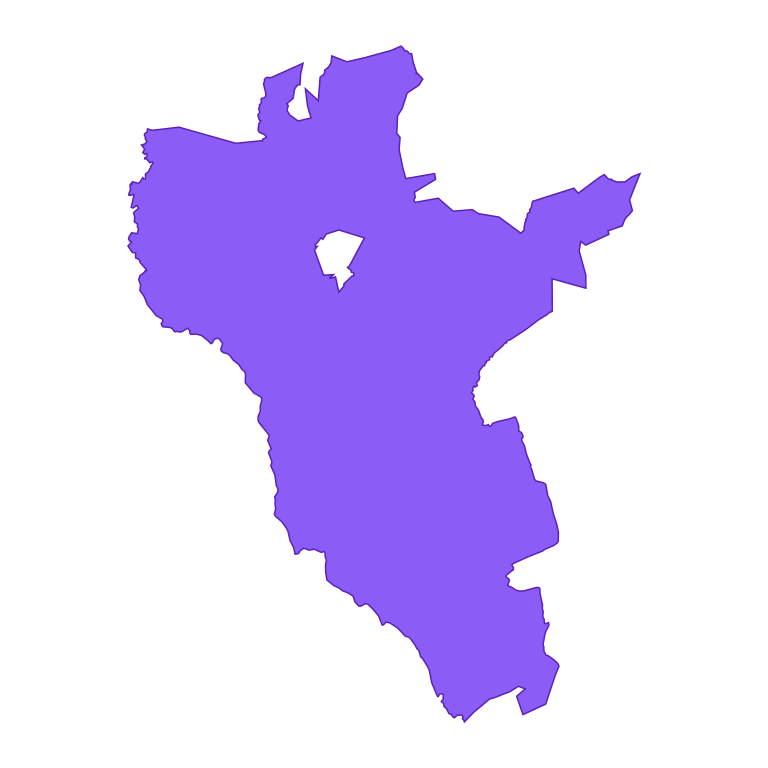 Masvingo, Masvingo, Zimbabwe
{"feature_id": "62879985B11590561680965", "entity_name": "Masvingo", "entity_type": "district", "adm_level": 2, "iso_a3": "ZWE", "parent_name": "Zimbabwe", "parent_adm1": "Masvingo", "projection": "mercator", "projection_center": [30.887, -20.31], "detail": "fine", "context": "isolated", "style": "filled", "palette": "violet", "viewbox_px": 768, "rotation_deg": 0, "n_neighbors": 0, "source": "geoboundaries", "source_scale": "gbopen_adm2", "svg_char_len": 6089}
<svg xmlns="http://www.w3.org/2000/svg" viewBox="0 0 768 768"><path d="M640.0,173.6L632.0,176.8L625.0,181.9L617.2,182.0L612.0,180.3L611.6,179.2L609.6,179.4L608.1,178.7L604.2,174.6L599.2,177.6L578.2,193.2L573.8,188.2L532.5,201.4L531.3,207.5L529.8,209.5L529.8,212.0L527.4,213.8L527.1,217.5L525.5,219.9L526.1,221.2L525.1,222.1L524.0,228.1L524.2,230.0L520.8,233.2L499.1,217.1L478.3,213.6L472.3,209.6L453.2,211.2L438.2,198.2L415.1,202.4L413.6,199.9L415.2,197.6L414.5,192.1L435.6,179.4L434.6,173.6L405.8,178.6L403.0,168.7L399.1,149.6L400.1,137.4L396.8,133.5L397.5,116.0L402.3,108.1L407.2,93.0L419.0,85.1L422.8,79.0L417.3,73.2L417.2,73.8L416.3,73.6L416.8,73.2L413.2,62.3L411.6,53.6L409.1,53.5L407.9,51.7L405.9,50.6L404.2,50.5L403.5,48.5L401.0,46.1L391.0,50.5L364.7,57.7L347.6,61.6L346.6,61.7L331.8,55.9L331.1,62.7L328.5,67.1L324.8,70.0L324.3,73.9L320.1,77.3L318.3,100.7L305.4,88.8L307.5,105.8L311.0,118.0L298.1,121.0L290.0,115.2L286.9,110.3L288.3,105.5L286.7,103.9L293.0,98.5L294.7,88.9L297.5,85.0L300.0,84.8L300.6,74.3L303.0,63.3L271.8,77.3L269.2,77.7L267.2,77.3L265.4,78.3L264.4,79.6L264.5,81.4L263.5,83.9L265.7,92.9L265.8,96.4L264.3,97.8L261.7,98.4L261.0,99.2L261.4,102.1L260.8,103.7L259.4,104.8L259.6,106.1L258.7,108.7L259.8,112.5L258.2,114.3L258.0,115.9L259.4,120.1L260.8,120.7L258.8,123.8L258.1,130.1L259.4,132.4L264.5,134.6L266.1,136.6L265.6,137.8L262.7,139.2L262.6,140.6L235.8,143.3L179.0,127.2L152.3,130.3L147.5,128.9L147.0,132.1L145.5,132.9L144.4,134.4L144.5,135.6L145.4,136.7L145.2,138.8L147.0,141.6L144.9,143.9L141.5,145.0L144.7,149.2L142.8,152.6L144.7,154.4L146.2,153.6L147.3,154.0L146.8,156.6L144.9,157.7L144.7,158.9L146.3,158.7L149.8,162.7L152.4,161.9L152.9,163.5L150.8,166.1L150.6,167.7L148.3,171.7L147.4,172.9L146.0,173.3L145.4,174.6L145.6,178.1L145.0,179.0L143.9,179.0L142.7,177.6L140.1,181.9L138.8,183.0L137.2,183.1L132.7,181.7L132.0,182.3L131.7,184.4L131.0,183.6L130.0,184.9L130.4,189.6L128.6,194.5L129.0,195.3L130.1,195.4L133.6,194.5L134.0,195.0L131.2,207.4L133.0,208.0L137.0,205.4L138.5,208.2L133.6,212.7L134.8,217.1L134.3,221.7L137.5,224.1L137.4,227.1L138.5,228.7L137.4,233.6L131.6,232.8L129.1,236.6L128.5,239.1L129.7,241.0L131.7,241.9L128.0,246.0L132.2,252.4L135.6,253.0L135.7,258.0L139.0,259.4L140.4,262.9L146.6,269.8L146.6,270.6L145.2,270.6L144.6,272.0L139.7,276.0L138.8,279.8L140.6,285.0L139.9,290.5L144.0,296.2L147.5,304.8L156.2,315.6L162.2,319.0L162.9,321.4L161.2,323.6L162.0,325.9L163.0,326.8L170.0,327.5L172.4,328.6L174.1,331.2L175.1,331.8L177.1,331.4L179.6,332.0L181.7,331.8L187.7,328.2L189.8,330.8L189.9,333.2L190.7,334.3L196.8,334.1L201.8,335.7L208.7,341.3L210.8,343.7L212.5,342.8L213.6,340.3L215.4,338.6L217.8,338.4L219.5,339.1L222.6,343.6L220.8,349.1L221.4,351.3L223.9,352.8L227.5,353.6L230.4,356.1L232.9,359.8L238.8,364.6L241.9,369.3L244.3,371.3L245.5,373.5L245.3,382.8L253.8,392.9L260.4,396.7L261.6,398.0L261.5,401.4L260.3,405.7L260.3,411.2L258.1,416.3L258.1,420.4L259.1,422.6L268.6,434.6L269.2,436.2L267.7,440.3L271.2,448.9L269.2,450.9L268.5,452.7L271.7,460.8L271.7,463.2L270.8,465.8L274.9,474.9L276.3,485.3L278.0,488.9L277.8,492.1L274.6,496.9L275.3,499.7L275.0,503.6L275.7,508.7L274.3,514.2L275.7,516.5L281.9,521.8L286.8,528.8L288.0,531.4L290.0,540.4L293.7,547.7L295.1,554.2L298.3,553.7L300.3,550.7L303.4,548.5L305.9,548.8L308.9,550.2L314.3,549.2L320.9,552.3L324.3,551.6L325.1,553.2L325.1,556.4L326.3,560.0L325.5,565.6L325.7,572.5L327.0,580.1L334.0,585.7L339.3,588.1L342.2,590.6L347.6,592.7L351.8,595.2L353.4,596.8L354.8,601.7L358.7,606.1L360.9,606.1L365.6,603.6L368.1,604.4L373.0,609.2L378.6,615.9L382.2,625.1L383.7,624.7L386.0,622.1L389.7,622.8L397.7,628.0L405.3,636.2L408.8,637.1L409.8,637.9L414.7,644.4L416.9,648.6L418.7,650.2L420.7,656.9L422.5,658.3L428.0,667.3L429.5,671.1L431.8,682.9L437.5,696.5L438.4,696.4L439.1,694.8L440.4,693.7L442.7,694.1L443.3,694.9L443.1,699.8L441.6,700.8L441.3,701.7L443.9,703.8L443.8,706.2L446.6,708.8L448.9,713.6L451.1,714.3L452.9,716.9L454.4,717.8L457.4,715.0L458.5,715.4L461.2,714.7L463.2,716.7L462.3,718.7L463.8,720.2L464.4,721.9L473.6,712.4L489.6,699.0L494.4,697.7L510.2,691.5L518.4,686.3L525.2,688.9L516.6,696.3L523.0,714.6L545.7,704.1L555.3,675.2L559.0,666.1L557.8,663.6L554.1,660.0L549.0,656.2L545.7,654.8L543.9,650.8L543.8,647.0L543.1,644.2L544.8,634.8L545.8,631.4L548.9,625.3L548.6,622.7L545.4,623.7L544.5,623.2L544.1,619.3L542.8,616.7L543.2,611.5L542.3,608.6L542.5,604.9L540.0,593.4L539.9,588.7L538.8,587.6L536.6,587.4L523.9,590.9L519.0,591.1L515.0,589.6L512.4,587.6L507.7,585.5L509.4,580.3L508.8,579.0L505.8,576.7L506.6,575.0L513.4,569.6L513.4,567.5L511.7,565.0L513.7,563.3L529.2,556.3L542.4,551.1L545.4,549.1L554.1,545.3L557.0,543.2L558.3,541.2L558.4,532.3L556.7,524.0L553.2,513.2L550.6,501.4L547.7,495.5L545.7,484.3L543.5,482.8L536.3,481.0L534.5,479.3L531.7,469.1L530.4,467.6L531.0,464.8L529.7,462.7L526.3,453.6L524.5,445.8L521.8,440.8L521.7,438.5L523.1,437.1L522.9,435.7L521.5,432.5L518.9,431.2L518.6,425.3L515.5,417.2L514.4,417.0L509.5,418.9L497.5,421.6L492.5,423.4L491.2,426.1L489.3,426.0L488.4,424.6L486.0,425.5L482.5,425.1L482.3,423.6L483.4,422.4L482.8,419.4L481.1,417.6L478.5,410.2L475.3,405.8L474.8,401.7L472.7,399.0L474.1,396.6L473.9,395.0L471.4,392.8L473.1,390.4L472.8,387.7L473.5,386.3L473.9,386.1L474.9,387.1L477.3,385.7L476.4,382.2L477.7,381.7L478.2,380.3L479.2,379.8L479.7,376.5L478.8,374.4L479.6,370.6L483.3,365.8L484.6,365.6L485.0,363.6L486.4,362.4L486.4,361.1L489.6,359.7L489.5,357.6L490.7,356.5L492.1,357.0L494.1,353.2L502.3,346.3L504.9,343.0L506.5,342.9L506.7,341.5L508.5,340.1L510.0,339.9L526.1,329.3L538.7,319.7L546.7,314.8L549.6,312.4L552.3,311.4L552.1,278.8L585.9,288.2L585.8,275.0L579.2,251.0L580.7,241.6L585.7,245.1L608.9,234.3L608.0,230.8L622.2,225.9L624.6,220.0L626.6,216.8L628.2,215.7L632.4,210.7L629.6,199.8L640.0,173.6ZM338.9,230.0L364.4,237.9L349.6,265.6L347.5,267.6L351.1,270.3L351.2,272.2L352.8,272.5L353.9,273.4L353.6,276.0L352.2,275.9L343.9,283.9L343.9,286.1L338.8,292.1L335.5,276.9L329.2,278.4L333.5,274.6L323.6,275.2L314.5,250.0L317.3,246.4L315.4,246.6L315.2,245.0L321.2,237.9L322.8,239.3L326.4,234.0L338.9,230.0Z" fill="#8b5cf6" stroke="#5b21b6" stroke-width="1.5"/></svg>